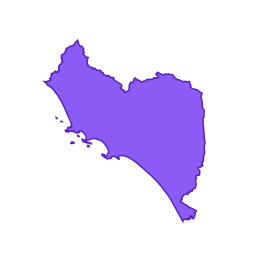 Mueang Prachuap Khiri Khan, Prachuap Khiri Khan, Thailand (Natural Earth projection), rotated 112°
{"feature_id": "78962969B124127950109", "entity_name": "Mueang Prachuap Khiri Khan", "entity_type": "district", "adm_level": 2, "iso_a3": "THA", "parent_name": "Thailand", "parent_adm1": "Prachuap Khiri Khan", "projection": "natural_earth1", "projection_center": [99.773, 11.859], "detail": "fine", "context": "isolated", "style": "filled", "palette": "violet", "viewbox_px": 256, "rotation_deg": 112, "n_neighbors": 0, "source": "geoboundaries", "source_scale": "gbopen_adm2", "svg_char_len": 5830}
<svg xmlns="http://www.w3.org/2000/svg" viewBox="0 0 256 256"><g transform="rotate(112 128 128)"><path d="M67.7,72.7L67.8,75.6L67.1,76.3L66.7,78.7L67.5,82.8L67.4,83.5L66.8,84.9L64.7,85.9L64.1,86.7L63.0,87.4L62.0,88.5L62.4,89.4L63.0,90.0L63.3,92.3L64.6,94.9L64.3,96.2L64.4,97.3L64.2,99.1L64.8,100.4L64.2,101.8L64.5,102.8L63.9,103.2L62.7,105.5L62.1,106.0L62.0,107.2L62.7,108.8L62.7,110.5L63.8,112.4L63.8,113.5L65.5,115.0L65.9,115.7L65.9,116.4L65.5,117.3L65.8,119.3L65.3,120.1L65.4,121.7L66.8,122.2L68.3,121.7L68.6,120.1L70.1,118.7L70.5,119.0L71.5,122.4L72.9,123.3L74.2,123.6L74.2,125.3L75.6,127.0L75.5,128.1L77.0,129.4L78.1,129.6L78.8,131.3L79.9,131.8L80.4,132.5L79.7,135.4L79.9,138.2L79.2,139.1L78.9,140.2L80.1,140.8L81.8,140.5L82.5,139.9L82.3,140.4L83.7,140.8L84.2,140.7L84.4,142.2L86.0,143.0L88.0,142.8L91.0,141.6L93.3,141.8L94.3,142.5L95.7,144.4L96.2,144.7L94.4,146.0L94.4,148.5L93.8,149.3L93.7,149.3L93.8,150.4L91.6,149.3L90.4,150.2L89.3,155.1L89.1,157.2L88.3,159.8L88.2,160.0L87.1,159.6L86.8,159.9L86.7,160.6L87.2,161.3L87.5,162.7L86.7,165.6L86.9,166.3L88.0,167.5L87.5,168.8L87.7,170.3L87.2,171.0L86.1,172.0L86.0,172.5L86.4,173.6L85.6,174.1L85.0,176.0L86.3,178.3L85.6,180.1L85.0,180.5L85.1,181.0L86.1,182.4L85.6,182.5L85.3,182.9L85.7,183.8L85.5,184.7L85.5,187.1L84.8,188.1L84.8,189.3L84.1,189.1L83.8,189.6L82.7,190.4L82.3,191.0L80.7,190.9L80.2,191.2L78.8,191.4L77.5,191.2L77.4,191.6L78.3,193.5L77.2,194.7L76.5,197.1L75.2,197.5L74.6,196.8L73.7,197.8L73.1,198.0L72.6,198.8L71.6,198.5L71.2,198.7L69.4,201.8L70.0,203.2L69.9,203.9L68.6,205.2L66.8,206.3L65.5,207.6L69.0,209.0L69.8,208.8L70.2,209.0L71.1,209.1L71.6,209.7L72.5,210.1L73.2,211.1L73.8,212.5L74.6,212.4L76.1,213.5L76.4,214.4L77.2,214.4L77.9,215.1L79.0,214.5L79.8,214.9L80.6,214.5L81.4,214.7L82.0,214.4L82.6,215.2L83.4,215.2L83.6,215.6L84.3,216.0L84.5,216.6L85.2,216.9L86.1,216.9L86.1,216.6L87.1,215.8L87.9,216.3L88.2,216.2L88.5,215.7L88.4,215.0L88.9,214.7L89.3,214.9L89.8,214.5L90.6,214.4L91.1,213.0L91.6,213.5L92.7,214.0L93.3,213.7L94.1,214.0L94.3,214.4L94.2,214.8L94.5,215.0L95.7,214.8L96.5,215.2L97.2,215.1L98.3,214.6L98.4,214.2L99.2,214.3L99.6,213.7L100.5,213.8L100.8,213.4L101.6,214.0L101.9,214.4L102.5,214.5L102.8,214.2L103.1,214.5L103.2,215.2L102.5,216.0L102.5,216.5L103.2,216.4L103.4,217.3L105.1,217.2L105.7,218.9L106.2,219.3L107.0,219.1L107.1,218.7L107.6,218.9L107.7,218.3L110.2,218.6L111.2,219.0L111.1,218.4L112.0,218.2L112.1,217.6L112.4,217.6L112.5,218.0L114.6,219.6L115.0,220.7L115.9,220.6L116.3,222.8L117.5,220.0L118.6,218.1L118.4,217.3L120.1,212.0L123.8,205.7L127.5,200.8L131.1,196.4L143.4,183.8L145.9,181.5L146.8,180.9L147.2,180.9L147.4,181.6L147.9,181.8L148.8,180.9L149.2,181.2L149.2,182.0L149.8,183.8L150.5,184.1L152.4,183.0L153.2,183.6L152.7,185.1L153.0,184.7L153.5,185.1L153.7,184.8L154.0,185.0L154.6,184.4L154.5,182.9L153.3,181.0L152.9,181.0L152.1,178.6L151.8,178.6L151.9,178.1L151.2,177.6L151.2,177.2L151.7,176.9L151.9,173.7L151.2,173.2L150.9,171.8L150.4,171.7L150.0,172.0L149.7,171.5L149.2,172.0L148.9,171.8L148.5,170.8L148.4,169.7L148.7,168.4L149.3,166.7L150.4,164.9L151.5,163.7L153.2,162.8L155.6,162.9L155.8,163.8L155.5,165.1L155.5,166.3L156.9,165.5L157.5,163.7L157.5,162.5L157.2,161.2L156.7,160.7L156.3,160.8L155.6,161.9L154.6,161.5L153.6,159.7L152.1,158.3L150.9,156.6L150.4,155.1L149.9,153.2L149.8,150.7L150.0,148.5L149.5,147.2L150.1,146.7L151.2,144.1L153.7,140.2L155.9,138.0L157.3,137.2L160.3,137.0L161.2,137.1L161.9,137.6L162.4,138.2L161.6,139.8L161.7,142.1L162.0,142.3L162.8,142.2L163.4,141.2L163.5,140.0L164.0,138.7L163.9,137.8L164.4,136.0L164.2,135.2L163.6,134.7L162.7,132.7L161.7,132.1L160.9,132.7L160.2,132.1L159.8,131.3L159.4,128.8L160.4,125.3L160.3,124.7L160.0,124.5L159.2,125.1L159.0,126.3L157.9,126.1L157.0,125.4L156.3,124.4L155.3,121.9L155.0,118.6L155.2,115.0L156.1,110.4L157.3,105.9L163.5,88.4L167.2,80.0L170.6,73.6L177.3,62.7L194.0,42.2L192.5,42.5L192.0,41.6L191.3,41.2L190.7,40.4L191.1,39.7L190.8,38.9L190.3,39.0L190.1,38.6L189.3,38.5L189.4,37.5L190.1,37.5L189.9,36.9L188.9,36.5L188.4,37.4L187.2,36.8L186.6,37.5L186.4,37.3L186.3,36.9L186.5,36.1L186.0,35.8L186.1,35.3L186.6,35.1L187.0,35.6L187.3,35.3L187.8,34.4L187.6,33.4L186.8,33.2L184.8,33.3L183.6,33.5L182.9,34.0L182.5,33.6L181.0,34.0L180.3,33.7L179.1,33.7L178.5,41.5L176.5,51.8L175.1,51.7L174.1,51.0L173.5,51.9L172.9,51.6L171.5,51.6L171.2,52.1L170.7,51.5L169.5,51.3L168.8,50.9L167.9,49.8L167.4,48.7L167.6,48.2L166.7,47.6L165.9,47.6L165.3,47.9L164.9,47.8L164.5,47.3L164.7,46.6L162.4,46.5L162.6,45.0L161.4,44.9L159.8,44.3L158.4,43.1L154.7,43.7L153.2,44.7L152.9,44.7L151.7,45.8L149.6,45.5L148.9,45.8L148.5,46.7L147.9,46.6L147.7,46.8L146.4,46.7L145.2,44.5L144.7,44.1L144.2,44.4L142.4,44.7L141.8,45.1L141.2,45.2L140.4,45.9L140.4,46.3L139.2,48.1L137.7,47.6L137.2,46.1L136.2,45.7L135.7,45.1L135.3,45.6L134.4,44.8L134.0,46.0L133.7,46.1L132.8,45.9L131.3,46.2L130.8,45.8L129.9,46.1L129.6,46.4L128.7,46.4L125.8,47.4L121.9,47.7L119.7,49.1L115.8,50.6L112.7,51.0L110.6,52.6L102.1,56.7L101.0,57.5L97.8,58.8L96.4,60.1L94.4,60.5L91.8,61.8L88.7,61.8L86.2,63.1L83.7,63.6L82.9,64.1L82.0,65.8L80.9,66.8L77.1,68.3L71.9,71.9L71.0,72.2L68.7,72.3L67.7,72.7ZM162.6,173.3L162.4,172.4L161.7,172.5L161.9,173.3L161.7,174.2L161.9,174.7L162.3,175.0L163.1,175.2L163.3,175.0L163.6,175.2L163.7,174.9L163.8,175.0L163.5,174.0L162.6,173.3ZM160.0,157.2L159.2,157.2L158.9,157.8L158.9,158.4L159.1,158.8L159.6,158.9L160.3,158.6L159.9,157.7L160.0,157.2ZM154.5,171.3L154.6,170.9L154.1,170.2L153.6,171.1L153.6,171.7L154.5,171.3ZM156.2,157.2L156.7,156.6L156.3,156.0L155.9,156.4L156.2,157.2ZM145.9,198.0L146.0,197.7L145.8,196.7L145.3,198.4L145.9,198.0ZM156.8,160.2L157.0,160.0L157.1,159.5L156.5,159.0L156.4,159.5L156.8,160.2ZM156.1,159.0L156.5,158.5L156.2,157.5L156.0,158.3L155.8,158.5L156.1,159.0ZM147.3,192.5L146.9,191.7L146.7,192.5L147.0,192.8L147.3,192.5Z" fill="#8b5cf6" stroke="#5b21b6" stroke-width="1.5"/></g></svg>